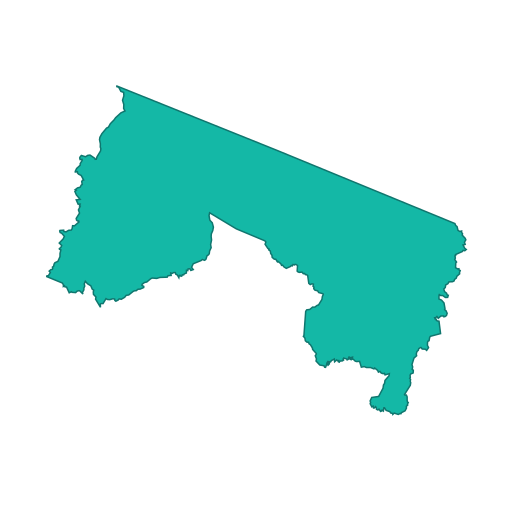 Colniza, Mato Grosso, Brazil, rotated 22°
{"feature_id": "56859067B44233830293285", "entity_name": "Colniza", "entity_type": "district", "adm_level": 2, "iso_a3": "BRA", "parent_name": "Brazil", "parent_adm1": "Mato Grosso", "projection": "robinson", "projection_center": [-60.12, -9.423], "detail": "fine", "context": "isolated", "style": "filled", "palette": "teal", "viewbox_px": 512, "rotation_deg": 22, "n_neighbors": 0, "source": "geoboundaries", "source_scale": "gbopen_adm2", "svg_char_len": 6056}
<svg xmlns="http://www.w3.org/2000/svg" viewBox="0 0 512 512"><g transform="rotate(22 256 256)"><path d="M69.7,353.5L86.5,353.6L88.2,354.8L88.8,356.4L89.6,355.4L90.4,356.2L92.0,355.8L96.6,360.1L98.2,358.3L99.0,358.6L102.5,357.5L103.3,355.6L104.8,354.5L105.5,354.3L109.8,356.1L108.7,354.9L109.1,351.9L108.4,350.2L108.5,348.1L107.2,346.2L107.2,343.4L110.3,344.9L114.0,345.5L116.6,348.1L118.3,348.4L118.6,350.3L119.7,352.5L123.0,354.0L123.4,356.1L131.0,361.8L129.7,359.0L130.1,358.2L132.0,357.4L132.9,351.7L134.4,352.0L136.7,351.3L139.3,349.3L141.1,348.9L141.8,350.1L143.0,350.4L144.7,348.5L145.2,347.0L147.3,346.6L149.7,343.5L150.4,341.1L152.6,339.8L155.4,334.8L156.7,333.5L157.8,333.2L159.1,331.0L161.0,330.1L163.7,327.3L163.3,326.2L161.3,326.0L161.0,324.8L162.6,322.3L164.5,321.0L166.9,316.5L168.1,315.3L172.3,314.0L174.9,311.9L181.6,308.9L181.8,307.2L184.6,305.8L183.3,303.7L184.7,303.6L185.9,302.2L187.4,301.6L188.4,302.9L190.2,303.1L192.6,305.0L192.2,302.8L192.7,302.3L194.1,302.9L194.8,302.2L194.7,301.0L196.0,300.6L196.2,299.4L197.8,297.9L196.9,295.3L198.2,295.1L197.9,293.4L199.4,292.6L201.0,293.8L202.9,292.1L200.5,290.6L200.7,286.7L206.8,280.8L207.6,279.3L209.8,279.3L210.5,278.5L210.8,277.7L210.5,274.1L211.5,272.7L211.8,271.4L211.1,268.7L211.3,265.1L209.6,262.3L208.8,257.8L207.1,254.7L206.3,252.2L206.4,248.7L205.7,245.2L203.0,241.6L199.8,240.1L197.3,236.1L196.8,233.3L227.5,238.2L258.4,238.6L259.9,239.3L260.0,241.7L264.1,244.5L265.5,244.7L265.4,245.3L265.8,245.7L267.4,246.0L268.7,248.2L270.5,249.3L271.5,251.2L274.1,252.1L275.6,251.6L277.8,253.3L278.3,253.4L278.4,252.8L281.8,253.8L283.2,255.1L284.1,254.5L285.9,255.6L288.7,256.1L291.9,252.8L292.3,251.6L293.3,251.6L293.5,250.0L295.0,249.9L295.4,249.1L296.6,248.9L298.1,249.3L299.8,254.6L300.7,255.0L302.2,255.0L304.7,253.7L306.5,254.7L307.6,254.0L308.8,254.8L309.7,254.4L311.2,254.7L315.2,261.6L317.0,262.2L318.3,260.8L319.8,260.6L320.2,262.7L321.4,263.1L321.8,264.7L323.5,265.6L326.2,265.2L327.8,266.4L332.2,265.9L332.8,266.5L332.7,268.8L333.4,271.5L332.3,278.1L331.4,278.6L329.6,281.4L327.6,282.2L325.9,285.4L323.2,286.9L322.8,288.7L330.3,312.0L330.0,312.7L332.1,313.8L333.5,316.1L335.5,316.8L337.0,316.3L338.2,317.6L339.6,317.8L342.7,320.1L343.5,321.4L348.4,323.8L348.7,324.4L348.3,326.3L350.6,328.7L351.0,330.9L356.0,333.2L360.1,332.3L361.3,333.4L362.2,333.2L362.1,329.7L362.7,329.5L363.7,330.3L364.4,328.5L364.1,327.8L361.9,328.4L362.1,326.9L364.8,326.3L365.1,324.7L367.2,322.2L368.5,324.6L369.8,322.1L370.9,322.6L371.7,322.0L372.1,323.2L373.0,323.2L373.1,322.1L375.5,320.8L376.2,319.6L375.4,319.1L375.5,317.8L378.6,317.5L379.4,318.2L380.2,317.3L379.9,315.0L380.5,314.7L381.1,315.0L381.6,316.4L383.1,316.5L383.2,315.9L382.4,315.9L382.0,314.7L383.4,313.6L383.9,315.6L384.9,315.3L387.3,316.3L388.8,316.2L391.5,314.9L395.3,319.6L397.8,318.0L400.3,318.0L404.0,316.5L407.7,316.5L408.0,315.4L411.6,316.5L413.0,317.8L414.2,316.6L415.9,317.6L418.0,317.5L419.1,316.7L420.2,317.9L423.7,315.1L424.2,317.2L422.2,323.0L422.9,325.9L422.5,327.9L423.3,331.0L422.3,340.3L416.3,343.8L416.1,347.6L417.2,349.0L417.2,350.2L419.9,352.5L420.8,351.3L421.9,352.9L422.5,352.7L423.3,350.9L424.5,351.8L425.1,353.0L426.7,353.1L427.4,351.9L429.5,353.3L430.2,352.3L430.3,352.9L431.4,351.8L432.2,352.0L431.4,348.9L432.0,348.6L434.5,350.4L438.4,350.2L439.7,351.1L441.7,350.8L442.2,351.6L443.0,349.9L447.3,349.6L448.6,348.0L449.4,348.0L449.6,346.7L452.2,343.7L452.5,340.8L451.7,339.0L452.5,337.4L452.0,336.9L452.0,334.8L451.3,334.8L450.3,333.4L448.9,330.0L447.5,328.6L446.3,329.2L445.6,328.8L447.5,318.1L446.9,315.5L446.0,314.5L445.5,312.5L444.3,311.8L444.6,310.9L443.5,308.8L443.7,307.3L445.5,305.6L444.9,303.6L444.6,302.9L443.3,302.7L442.8,300.1L441.3,298.3L440.7,291.5L442.3,288.3L441.3,286.8L441.0,284.3L441.8,282.6L441.6,280.9L442.8,279.3L443.4,279.0L444.9,280.0L447.9,279.0L449.6,279.6L450.3,276.3L448.4,274.6L447.4,271.9L447.3,270.7L448.2,269.7L447.5,266.4L447.8,265.1L456.2,258.8L450.1,247.9L448.3,248.3L447.1,247.9L446.7,247.1L445.7,247.3L444.8,246.3L445.7,245.9L446.4,244.3L448.3,245.5L449.9,242.4L452.4,241.3L453.0,242.0L454.0,241.3L454.9,239.8L454.7,237.5L452.6,235.5L451.0,235.1L450.9,233.9L447.9,229.1L444.5,227.4L441.7,227.3L440.4,223.8L440.4,223.1L442.0,223.5L444.0,222.7L447.1,223.5L449.2,222.6L449.0,220.4L447.9,220.5L446.6,219.1L444.2,218.4L442.8,216.7L442.5,216.2L443.3,214.3L442.7,211.8L444.3,209.8L444.6,207.7L447.9,206.2L449.0,204.9L448.9,203.3L450.0,201.5L449.8,199.6L451.5,196.2L450.9,195.4L450.8,193.0L449.4,192.8L448.9,191.8L447.9,192.4L445.4,192.1L443.8,187.5L444.2,186.5L441.6,184.8L441.6,183.2L440.6,181.9L440.9,180.9L440.4,180.8L440.5,179.9L445.6,174.6L445.9,173.2L447.6,172.9L448.5,171.2L446.7,170.7L443.8,168.2L445.6,166.9L444.1,165.1L444.5,162.4L443.3,161.2L439.4,159.4L439.1,157.9L437.7,157.0L437.3,155.8L435.7,156.9L433.6,156.5L431.4,153.4L429.7,152.9L428.3,151.4L235.9,150.2L63.4,150.5L63.5,151.1L65.5,151.0L69.1,154.0L72.0,153.9L73.5,157.0L73.9,161.6L76.7,165.1L78.0,168.8L80.2,170.6L77.1,173.9L74.0,180.4L73.4,183.0L71.4,187.8L70.9,191.8L69.5,193.4L67.3,200.2L66.8,204.4L67.3,206.7L69.7,210.3L70.8,213.3L72.0,214.7L72.5,216.9L71.4,223.6L71.7,226.1L70.7,226.6L69.9,225.8L64.3,224.6L62.3,225.7L60.8,227.8L56.4,228.2L55.8,230.0L55.8,231.1L56.8,232.5L58.5,231.6L59.0,232.4L58.4,236.3L59.0,237.7L56.9,242.0L56.7,245.2L57.0,245.8L58.8,244.7L59.4,245.9L60.9,246.6L63.7,246.8L67.7,250.1L66.8,250.8L66.5,252.2L68.1,254.8L67.4,255.7L67.2,258.1L65.0,259.7L63.5,262.3L64.7,262.4L63.9,264.0L66.5,266.6L71.7,269.4L68.3,271.3L71.7,274.6L73.5,273.8L73.6,275.7L74.4,275.7L74.1,279.8L76.3,282.3L75.2,288.5L76.2,290.0L77.5,290.4L78.4,289.9L79.1,290.8L76.4,296.0L74.6,296.6L75.3,299.7L74.9,301.3L72.7,302.3L70.8,304.8L68.7,305.3L68.0,304.1L64.7,305.7L64.6,306.3L65.6,307.6L67.4,307.7L71.0,309.6L70.8,312.4L68.7,317.7L71.9,319.0L71.9,321.0L70.9,322.9L71.3,323.4L72.8,323.4L73.3,327.0L74.5,330.0L74.3,335.2L72.1,337.5L71.8,339.1L72.2,341.3L71.4,342.6L72.1,343.4L72.2,344.7L70.9,345.5L69.9,347.5L71.5,348.3L70.9,351.9L69.5,352.9L69.7,353.5Z" fill="#14b8a6" stroke="#0f766e" stroke-width="1.5"/></g></svg>